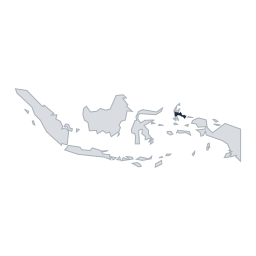 location of Halmahera Tengah, Maluku Utara, Indonesia
{"feature_id": "22746128B46636453933041", "entity_name": "Halmahera Tengah", "entity_type": "district", "adm_level": 2, "iso_a3": "IDN", "parent_name": "Indonesia", "parent_adm1": "Maluku Utara", "projection": "mercator", "projection_center": [128.383, 0.221], "detail": "fine", "context": "in_parent", "style": "filled", "palette": "slate", "viewbox_px": 256, "rotation_deg": 0, "n_neighbors": 0, "source": "geoboundaries", "source_scale": "gbopen_adm2", "svg_char_len": 5697}
<svg xmlns="http://www.w3.org/2000/svg" viewBox="0 0 256 256"><path d="M86.3,106.2L90.6,112.0L97.0,111.2L100.3,108.5L105.9,110.1L110.3,109.0L116.1,95.5L123.1,94.8L126.4,98.0L122.8,98.3L127.8,104.8L126.5,106.2L132.3,111.4L127.1,110.8L125.3,120.0L121.3,121.3L119.0,125.0L120.4,127.5L118.9,131.6L111.2,136.7L109.5,132.1L106.3,133.2L103.0,130.6L97.3,133.7L96.4,130.4L89.4,130.8L88.0,122.5L84.5,120.2L82.9,114.4L83.6,108.8L86.3,106.2ZM15.4,88.8L26.8,90.5L41.4,105.4L43.2,106.6L44.0,105.1L53.8,113.3L51.4,115.1L56.9,114.8L55.8,119.0L60.3,121.3L62.7,126.5L61.8,129.0L65.4,127.9L68.6,131.5L67.2,144.9L61.7,143.4L61.5,145.3L46.6,131.8L40.4,120.3L34.7,114.5L31.9,107.0L17.1,93.2L15.4,88.8ZM240.6,129.1L240.6,161.3L235.8,156.7L236.4,155.3L230.4,156.9L231.3,153.7L229.7,152.0L230.2,151.8L231.2,151.9L231.8,151.7L228.9,150.4L230.2,150.1L227.7,144.2L222.4,140.6L206.2,135.0L205.5,131.2L203.3,135.4L200.9,136.2L200.1,132.4L196.3,129.9L204.8,129.1L205.9,126.6L198.0,127.2L196.1,123.9L191.5,123.2L192.8,120.4L198.4,117.9L206.2,119.9L207.2,127.6L212.5,132.8L225.0,123.5L240.6,129.1ZM161.4,111.3L155.8,114.7L140.2,113.6L138.3,114.9L137.7,118.9L140.6,122.9L145.1,120.3L154.3,120.0L144.0,125.4L148.6,130.5L148.4,134.0L151.5,137.8L145.2,139.7L145.3,136.4L141.7,133.5L142.5,129.8L140.6,129.3L138.6,130.7L139.5,143.8L135.2,143.9L135.5,136.1L134.7,133.5L131.8,132.9L131.4,129.6L134.9,120.7L136.6,120.4L136.0,116.6L138.7,111.4L142.7,109.7L156.7,112.0L162.5,107.9L161.4,111.3ZM68.8,145.4L79.9,147.2L81.6,149.7L90.2,150.5L92.2,147.9L100.6,150.4L102.9,154.0L109.8,154.7L109.7,157.7L110.7,159.6L104.1,157.1L77.8,154.3L64.7,149.9L68.8,145.4ZM175.4,112.0L180.1,108.5L178.0,112.6L181.2,115.1L176.2,114.7L178.8,120.6L175.2,117.4L173.9,110.6L176.9,105.4L175.4,112.0ZM177.7,130.3L189.4,131.6L190.6,135.2L185.8,132.6L179.3,133.2L177.4,131.8L176.3,133.4L177.7,130.3ZM151.1,158.8L142.4,160.4L136.4,159.2L140.4,156.9L148.8,158.8L151.7,156.2L151.1,158.8ZM126.3,156.5L132.1,157.2L133.1,159.0L121.5,160.7L123.4,157.5L127.3,159.3L128.7,158.7L126.3,156.5ZM161.6,160.4L161.8,164.0L155.3,167.2L155.6,163.8L161.6,160.4ZM68.6,124.4L70.2,128.3L72.4,128.9L71.7,131.3L68.4,130.1L67.4,126.9L64.1,126.3L65.7,124.0L68.6,124.4ZM228.6,157.1L224.3,157.6L226.4,153.6L229.8,152.7L230.9,154.2L228.6,157.1ZM137.4,162.6L140.1,164.3L141.3,166.2L138.6,166.9L132.2,163.3L137.4,162.6ZM171.1,131.4L172.9,134.1L170.3,135.0L167.2,133.1L167.3,131.5L171.1,131.4ZM110.1,156.5L116.2,157.7L113.4,159.9L110.1,156.5ZM119.6,156.7L120.5,160.1L116.9,159.6L119.6,156.7ZM79.3,129.5L76.4,132.0L76.6,128.8L79.3,129.5ZM209.1,143.0L209.8,147.3L208.5,147.5L207.3,144.3L209.1,143.0ZM108.2,150.6L103.5,151.9L101.5,151.1L108.2,150.6ZM153.0,138.6L153.0,142.5L150.4,144.1L151.4,139.0L153.0,138.6ZM24.5,109.2L28.7,111.4L28.1,113.4L24.5,109.2ZM34.7,125.0L33.1,124.1L32.3,121.0L33.6,120.9L34.7,125.0ZM193.1,155.7L192.2,154.2L194.7,151.3L194.6,153.9L193.1,155.7ZM188.4,116.6L193.2,117.6L187.8,117.2L188.4,116.6ZM159.1,124.4L163.5,125.4L158.7,125.4L159.1,124.4ZM150.9,140.5L148.6,142.4L150.7,139.0L150.9,140.5ZM213.1,119.4L215.6,119.8L218.0,121.6L215.7,122.0L213.1,119.4ZM170.8,154.1L169.2,155.5L165.9,155.6L166.8,154.0L170.8,154.1ZM208.9,148.0L207.9,150.0L206.7,149.9L206.9,146.7L208.9,148.0ZM177.5,124.4L174.6,124.7L173.8,124.0L175.0,122.8L177.5,124.4ZM213.5,124.0L217.1,124.3L220.5,125.1L217.3,125.5L213.5,124.0ZM151.7,122.0L154.6,123.3L151.6,124.0L151.7,122.0ZM179.8,105.2L177.8,104.9L179.7,103.4L179.8,105.2ZM158.9,157.8L162.2,156.6L162.6,157.3L158.9,157.8ZM188.3,124.5L187.8,126.3L185.3,125.4L186.6,124.9L188.3,124.5ZM119.2,134.7L117.9,135.9L119.0,132.2L119.2,134.7ZM174.6,117.8L176.2,120.2L175.6,120.5L173.3,118.7L174.6,117.8Z" fill="#d9dde1" stroke="#a8b0b8" stroke-width="1"/><path d="M176.4,115.3L176.4,115.2L176.3,114.9L176.2,114.8L176.2,114.7L176.1,114.8L176.1,114.7L176.2,114.4L176.3,114.4L176.2,114.3L176.3,114.3L176.2,114.3L176.3,114.3L176.2,114.3L176.3,114.3L176.3,114.2L176.4,113.9L176.5,113.9L176.8,113.9L177.1,113.9L177.3,114.0L177.4,113.9L177.5,113.9L177.5,114.0L177.5,113.9L177.6,114.0L177.8,114.1L178.0,114.2L178.3,114.2L178.5,114.2L178.7,114.3L178.8,114.3L178.9,114.2L179.0,114.2L179.0,114.3L179.2,114.5L179.3,114.5L179.5,114.6L179.8,114.6L180.0,114.7L180.3,114.8L180.5,114.8L180.8,114.9L180.9,115.0L181.0,115.1L181.0,114.9L180.9,114.8L180.8,114.7L180.7,114.7L180.4,114.6L180.2,114.6L180.0,114.4L180.1,114.2L180.1,113.9L180.1,113.7L179.9,113.7L179.9,113.8L179.8,114.0L179.6,114.1L179.4,114.1L179.2,114.0L179.2,113.8L179.0,113.7L178.9,113.7L178.7,113.7L178.4,113.6L178.1,113.5L178.0,113.4L177.9,113.4L177.8,113.2L177.7,113.3L177.4,113.3L177.3,113.2L177.2,113.2L176.9,113.0L176.7,113.0L176.4,113.1L176.1,113.1L175.9,113.1L175.7,113.0L175.8,113.2L175.8,113.3L175.9,113.5L175.8,113.8L175.7,113.8L175.6,114.0L175.7,114.3L175.8,114.4L175.8,114.5L175.7,114.6L175.8,114.7L175.9,114.9L175.7,115.0L175.8,115.0L175.8,115.3L175.7,115.4L175.7,115.5L175.8,115.5L176.0,115.6L176.2,115.3L176.4,115.3ZM183.3,116.1L183.1,115.9L183.0,116.0L183.3,116.1L183.5,116.2L183.5,116.3L183.5,116.5L183.8,116.6L184.0,116.7L184.0,116.8L184.1,117.0L184.3,117.2L184.4,117.3L184.4,117.2L184.5,117.2L184.4,116.8L184.2,116.7L183.9,116.5L183.6,116.3L183.4,116.1L183.3,116.1ZM184.8,116.4L184.6,116.2L184.6,116.4L184.6,116.5L184.8,116.5L184.7,116.5L184.8,116.5L184.7,116.5L184.8,116.5L184.7,116.4L184.8,116.4L184.8,116.5L184.9,116.4L184.8,116.4ZM180.7,113.4L180.7,113.5L180.8,113.6L181.0,113.8L181.0,113.7L180.9,113.6L180.7,113.4ZM183.8,116.6L183.7,116.6L183.8,116.8L183.8,116.7L183.7,116.7L183.8,116.7L183.8,116.6ZM181.4,115.2L181.4,115.3L181.5,115.3L181.4,115.2ZM181.0,113.8L181.0,114.0L181.0,113.9L181.0,113.8ZM184.8,116.2L184.7,116.1L184.8,116.2Z" fill="#64748b" stroke="#1e293b" stroke-width="1.5"/></svg>